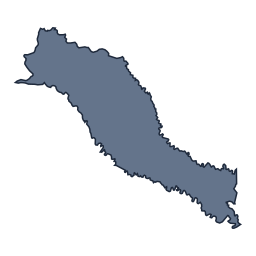 the district of Sochiapa, Veracruz, Mexico
{"feature_id": "50627088B39448172692324", "entity_name": "Sochiapa", "entity_type": "district", "adm_level": 2, "iso_a3": "MEX", "parent_name": "Mexico", "parent_adm1": "Veracruz", "projection": "albers", "projection_center": [-96.916, 19.171], "detail": "fine", "context": "isolated", "style": "filled", "palette": "slate", "viewbox_px": 256, "rotation_deg": 0, "n_neighbors": 0, "source": "geoboundaries", "source_scale": "gbopen_adm2", "svg_char_len": 5853}
<svg xmlns="http://www.w3.org/2000/svg" viewBox="0 0 256 256"><path d="M122.5,56.7L120.6,57.6L116.8,58.4L108.5,55.7L108.7,53.4L106.9,51.3L104.9,49.7L102.2,48.9L99.3,49.3L97.1,51.1L93.2,52.3L91.2,51.5L88.3,47.5L87.0,47.5L84.9,46.9L78.9,47.8L77.3,46.4L76.7,44.2L75.0,42.3L70.6,43.0L67.3,43.0L65.9,41.2L66.5,39.1L64.7,37.4L65.6,35.1L65.2,34.2L63.6,34.7L59.5,34.8L58.0,34.1L57.2,32.6L57.3,30.9L56.9,30.3L55.6,29.6L54.5,29.6L55.3,28.1L52.8,27.8L50.6,30.2L48.9,30.7L47.8,30.3L47.3,31.1L45.3,30.8L44.1,28.6L42.8,29.3L40.5,28.4L38.6,32.7L38.7,34.2L37.3,38.8L37.4,40.2L38.3,43.1L38.2,44.7L35.6,47.8L35.1,50.3L34.3,52.1L33.6,52.7L27.7,54.8L24.8,54.7L24.0,55.4L24.1,56.6L26.0,58.5L25.9,60.5L25.0,62.0L24.8,63.9L26.8,67.1L29.6,70.8L32.9,73.8L33.0,75.2L32.4,76.0L31.1,76.5L29.4,78.6L27.1,80.2L25.7,80.6L20.9,79.6L17.1,81.1L15.4,82.5L18.3,83.1L20.8,82.6L23.1,82.7L25.4,83.0L28.4,84.1L34.9,84.3L37.7,84.8L42.7,84.4L44.4,82.6L45.3,84.0L47.3,86.3L49.2,87.1L50.7,87.4L51.1,86.4L52.8,85.5L54.7,85.8L55.9,86.9L56.2,88.5L57.3,90.6L58.9,91.8L60.3,92.4L61.4,92.5L62.6,93.9L63.8,94.2L65.5,92.4L66.4,92.6L68.8,95.2L68.0,98.0L68.0,99.0L68.7,99.7L68.8,101.0L71.3,103.3L72.0,105.1L73.1,106.4L76.2,105.8L77.1,106.2L77.9,107.5L77.7,109.8L79.0,111.7L80.9,113.0L82.4,115.0L82.5,118.0L83.2,119.9L83.9,120.9L84.6,120.8L84.5,121.5L84.9,122.3L85.6,121.3L86.7,120.8L87.3,121.2L86.7,124.1L88.9,126.8L89.8,129.1L90.1,132.1L90.9,133.4L91.7,137.8L92.2,138.2L93.4,137.7L94.4,137.9L95.4,139.3L95.2,144.0L95.9,145.0L97.5,145.1L98.5,143.5L100.4,143.1L101.5,143.8L100.7,145.7L100.8,146.4L102.3,145.5L103.2,145.9L103.3,147.4L100.2,152.0L101.6,152.2L102.5,151.6L104.2,149.6L104.6,149.9L104.9,151.6L105.7,152.3L105.3,153.3L104.4,154.2L104.6,155.0L105.5,155.4L106.4,155.0L107.1,153.9L107.8,153.7L110.8,154.9L111.5,156.7L111.6,159.0L112.9,159.3L114.8,158.8L115.0,159.4L114.1,161.4L115.3,161.5L115.8,162.0L115.7,164.2L114.7,165.3L116.2,165.4L125.4,170.3L124.6,171.5L124.8,172.2L125.4,172.4L126.3,171.5L127.1,171.1L127.6,172.1L127.9,174.7L129.8,174.5L130.9,175.0L131.0,176.1L132.0,176.7L134.0,175.2L134.1,173.1L134.6,172.8L136.2,174.9L137.4,173.7L138.1,176.3L139.8,176.6L140.6,175.8L141.6,177.0L142.9,177.2L143.5,175.8L144.4,175.2L145.6,176.0L145.6,177.6L146.9,178.4L148.1,178.5L149.2,177.9L150.1,178.2L150.1,179.7L151.2,180.4L152.8,180.8L153.5,182.7L154.9,181.7L155.7,182.2L156.9,181.4L160.0,181.8L160.5,182.9L161.1,183.3L162.1,184.8L163.1,185.1L164.9,187.8L166.6,186.8L166.7,187.9L166.0,189.1L166.6,190.2L169.2,191.6L170.4,191.1L171.4,187.8L172.2,187.4L172.9,188.1L173.3,189.7L173.8,190.2L174.4,190.0L174.7,189.7L175.9,186.1L176.6,186.0L177.5,187.7L178.3,187.7L178.7,188.5L176.7,189.8L176.7,190.4L177.5,190.7L179.1,189.8L180.4,189.8L180.7,191.0L179.9,192.2L180.1,193.2L181.1,193.7L182.3,193.3L183.4,190.8L184.1,190.4L184.8,190.8L185.6,192.0L186.6,194.7L187.4,194.9L188.3,194.4L189.3,194.3L190.9,196.8L192.6,198.1L191.9,200.7L192.2,201.4L193.0,201.7L193.7,201.1L195.0,198.0L195.7,197.7L196.7,198.2L197.4,199.1L197.1,202.6L197.7,203.4L198.4,203.6L200.3,202.3L201.6,204.4L201.7,206.5L201.1,208.0L201.7,209.2L201.7,210.7L203.1,211.0L204.4,210.8L205.3,211.8L205.7,214.9L206.7,215.5L209.4,214.1L210.6,214.2L211.2,214.6L210.1,217.2L210.8,217.6L211.7,217.8L212.7,216.6L214.0,216.0L215.5,216.5L216.2,217.3L216.3,218.9L215.8,220.4L216.1,221.4L216.9,222.1L219.7,223.0L222.4,221.8L227.7,215.5L228.5,215.7L229.3,217.3L230.5,218.4L230.2,219.7L228.0,221.2L228.8,222.1L230.4,223.2L235.3,223.7L235.4,224.7L234.8,225.7L233.0,226.1L232.2,227.1L232.5,228.1L233.9,228.2L236.7,227.0L240.6,224.4L239.0,223.4L237.8,221.8L238.2,219.7L237.4,218.4L237.9,216.2L237.2,214.9L236.2,214.9L235.1,215.9L234.6,215.6L234.2,211.7L233.4,210.5L232.0,208.8L229.9,208.2L228.3,206.8L228.7,205.2L227.4,205.0L227.5,203.3L226.4,203.0L226.2,202.3L229.4,201.2L231.8,201.8L233.8,203.9L235.0,203.8L234.6,202.5L236.9,192.8L233.8,188.8L235.4,186.2L235.8,184.4L236.6,183.9L236.4,169.2L235.2,170.3L234.3,174.0L232.3,173.7L232.6,171.3L232.3,170.6L231.3,170.4L230.6,171.2L229.7,171.3L229.1,170.8L228.8,169.2L228.3,168.8L226.9,169.5L226.1,169.3L225.7,165.6L224.3,164.2L223.5,164.5L223.0,165.6L222.9,166.6L223.7,168.1L223.4,168.8L221.9,168.5L221.2,169.0L220.7,170.5L219.3,169.9L217.9,168.7L215.5,169.3L214.0,166.2L213.1,165.8L211.3,167.0L209.8,164.4L208.7,163.2L207.9,162.9L204.0,167.2L202.9,166.5L203.5,164.4L203.1,163.8L202.5,163.6L201.7,164.2L201.3,166.1L200.6,166.3L198.7,164.2L197.2,164.4L196.8,163.9L196.0,160.8L193.5,161.1L192.6,160.8L191.7,159.9L190.1,156.4L188.6,156.3L188.1,155.8L188.1,155.0L189.1,154.2L188.9,152.9L188.2,152.5L186.9,154.0L184.7,151.1L183.3,151.5L181.0,150.8L180.0,151.1L179.4,150.7L177.7,148.2L176.4,148.4L174.5,149.4L173.9,149.1L173.8,148.5L174.3,146.7L173.9,145.7L171.1,146.6L170.1,146.5L169.9,146.0L170.1,143.0L169.3,142.9L167.5,143.6L166.6,142.3L166.9,141.7L168.3,140.9L168.7,139.6L168.2,139.0L162.6,137.5L162.2,136.8L163.2,134.6L162.6,133.9L160.7,134.9L159.7,135.0L159.3,134.6L159.1,133.5L160.2,130.9L159.9,130.1L158.8,129.1L158.7,128.4L159.2,127.9L161.1,127.7L162.1,126.8L162.1,126.1L160.6,126.0L160.4,125.6L160.9,124.7L160.9,124.0L158.9,123.4L158.6,122.9L159.2,121.3L159.1,120.6L157.3,120.0L156.5,119.3L157.7,117.5L156.0,115.6L156.8,114.4L156.7,112.8L155.7,111.6L155.8,109.0L154.9,108.9L154.6,107.4L153.8,106.5L154.1,105.5L153.9,104.6L153.0,103.6L152.1,101.3L151.2,100.7L150.7,98.9L151.3,96.8L150.2,95.0L149.7,93.3L149.2,92.8L148.3,94.1L147.7,93.7L147.3,92.2L145.8,92.9L145.1,92.2L144.4,91.3L145.5,88.9L145.1,88.1L143.2,87.9L141.9,89.3L141.5,88.9L141.5,87.7L140.7,85.8L138.9,85.2L138.4,84.5L138.8,83.5L138.9,82.2L137.8,80.5L136.7,79.7L135.3,80.4L135.5,78.3L133.6,78.0L132.9,77.5L132.9,75.3L130.3,74.6L130.5,72.7L128.8,71.3L128.4,70.6L128.4,69.6L126.8,68.6L126.5,66.5L125.5,66.2L125.6,65.5L127.9,64.3L127.9,63.4L125.9,61.1L124.3,61.2L123.9,60.5L123.7,58.2L122.5,56.7Z" fill="#64748b" stroke="#1e293b" stroke-width="1.5"/></svg>